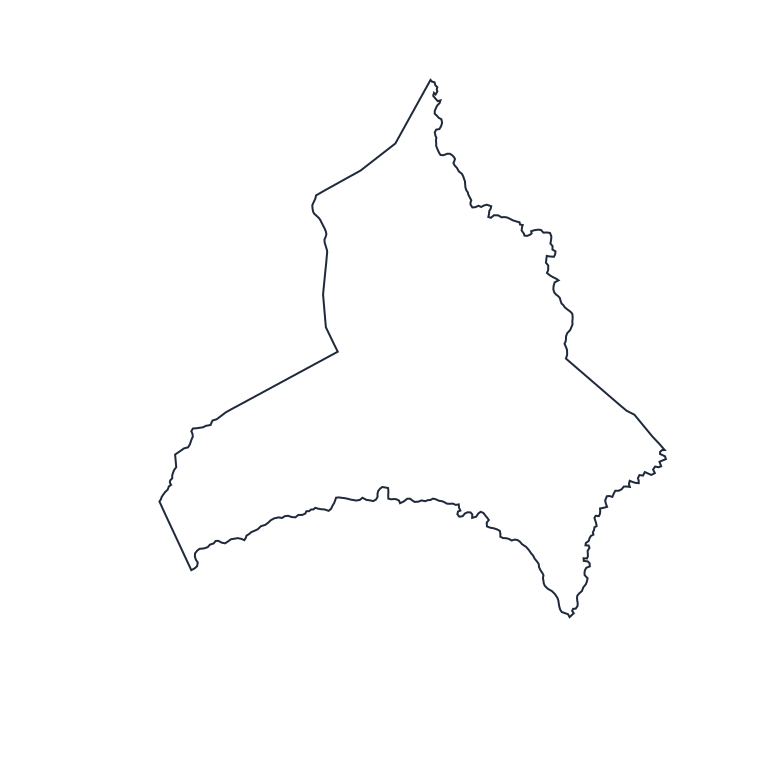 the district of Brumado, Bahia, Brazil, rotated 73°
{"feature_id": "56859067B23298098708687", "entity_name": "Brumado", "entity_type": "district", "adm_level": 2, "iso_a3": "BRA", "parent_name": "Brazil", "parent_adm1": "Bahia", "projection": "natural_earth1", "projection_center": [-41.652, -14.215], "detail": "fine", "context": "isolated", "style": "outline", "palette": "slate", "viewbox_px": 768, "rotation_deg": 73, "n_neighbors": 0, "source": "geoboundaries", "source_scale": "gbopen_adm2", "svg_char_len": 6045}
<svg xmlns="http://www.w3.org/2000/svg" viewBox="0 0 768 768"><g transform="rotate(73 384 384)"><path d="M616.2,288.8L619.1,289.1L621.3,289.5L624.1,289.2L627.8,287.2L631.1,284.0L634.8,282.0L639.2,280.7L642.1,280.6L644.7,281.0L647.5,281.4L651.1,281.5L654.0,280.7L655.9,278.1L658.0,275.3L661.2,274.7L660.0,272.2L658.7,269.6L656.0,270.4L654.3,268.9L654.9,266.4L652.8,263.8L650.2,262.8L648.0,262.6L644.8,261.9L642.9,261.0L641.3,258.6L639.9,255.3L636.7,252.8L634.5,249.5L632.3,247.8L629.3,246.1L625.5,248.0L623.3,247.5L621.1,246.5L618.9,244.3L618.6,240.5L615.6,239.8L613.2,241.0L611.6,244.7L609.0,244.1L610.2,240.9L608.4,239.4L606.2,238.8L603.1,238.1L600.8,235.4L598.3,235.5L597.2,238.5L595.1,237.5L593.9,234.1L591.3,232.3L589.7,230.4L589.3,227.8L586.9,227.6L585.1,225.9L582.5,224.6L582.1,222.2L578.9,221.8L576.4,221.9L573.6,221.9L571.9,220.1L573.2,217.2L571.5,215.6L569.1,214.5L566.2,213.8L566.6,210.0L566.7,206.6L563.6,206.8L560.1,206.6L556.5,203.7L557.0,201.3L558.7,198.6L555.5,195.9L553.7,194.0L554.7,190.7L554.2,187.6L552.2,184.7L553.0,181.8L554.3,179.0L551.2,179.0L548.4,177.3L549.9,175.5L552.0,172.6L553.3,169.4L550.9,168.7L548.3,168.7L545.8,166.4L547.3,163.1L544.5,160.3L546.5,158.0L549.1,155.0L548.4,151.0L544.5,151.7L542.2,148.9L543.9,145.7L543.7,143.0L538.9,143.3L538.5,139.7L538.3,136.4L535.3,136.4L531.6,140.5L529.5,139.7L528.5,137.3L529.2,134.9L522.0,138.1L512.7,142.7L486.6,153.5L480.5,159.8L476.5,162.4L474.6,163.7L412.9,202.6L409.8,200.4L407.2,199.6L404.7,199.0L401.5,199.2L398.3,199.6L396.7,198.1L394.7,197.0L391.7,196.0L389.0,194.0L386.9,190.3L385.1,188.7L382.1,186.3L379.2,185.6L376.9,184.6L374.6,183.9L371.9,183.4L369.3,184.6L366.1,187.0L363.5,188.7L360.9,189.5L358.9,190.7L356.0,190.8L353.1,190.7L350.8,191.8L348.8,193.3L346.3,194.4L343.1,194.4L339.9,193.2L336.7,191.1L335.9,186.8L333.7,188.5L331.3,191.1L328.8,193.4L325.5,195.7L322.9,193.6L318.6,192.3L315.4,193.7L312.0,192.2L309.1,190.9L310.6,188.0L312.0,184.3L310.2,182.5L307.3,181.2L304.7,183.6L301.4,182.5L298.4,183.8L294.4,181.8L291.7,180.8L288.0,181.1L286.6,184.3L285.9,187.3L282.5,188.9L281.4,191.8L280.9,195.3L280.9,198.6L283.2,198.8L284.0,201.1L284.2,203.7L283.2,206.3L281.0,206.3L277.4,207.5L274.4,206.2L272.5,204.9L271.3,207.3L269.0,207.1L267.4,209.7L265.1,213.0L262.9,215.2L260.8,217.5L259.5,220.2L259.0,222.8L256.1,225.5L254.8,229.5L256.3,233.2L254.8,235.4L252.4,234.0L249.4,232.8L247.5,230.7L245.4,229.5L242.6,233.2L242.5,236.2L243.1,239.3L241.2,241.5L241.6,245.0L241.0,247.9L237.7,248.8L235.7,248.2L233.8,246.8L230.7,247.4L227.5,248.0L225.3,247.8L222.9,248.6L220.1,248.7L216.3,247.9L213.8,247.3L211.2,247.5L208.9,247.5L205.9,248.0L202.5,250.3L198.6,251.1L195.8,252.5L193.0,253.0L191.4,251.6L189.5,250.3L187.4,250.8L185.4,251.8L183.2,253.5L182.3,256.1L182.6,260.3L181.5,263.0L179.5,263.6L177.0,264.0L174.0,264.3L171.5,264.5L168.8,263.6L166.1,263.1L163.8,261.9L161.7,262.2L158.2,261.9L156.0,259.7L156.4,256.5L154.1,254.0L151.3,252.1L147.6,251.7L145.4,253.9L142.6,255.1L140.4,256.5L137.7,255.6L135.4,253.7L133.3,251.8L131.6,248.7L129.3,247.1L129.2,249.9L125.8,251.5L122.8,252.7L120.2,251.1L122.2,250.0L119.8,247.4L117.6,247.4L115.7,246.2L113.6,247.5L110.2,247.5L109.0,249.6L106.8,250.6L157.3,302.8L173.0,343.9L173.8,347.5L176.0,358.1L179.9,376.4L181.5,383.9L183.8,393.9L186.6,395.4L189.2,397.8L192.1,400.3L195.6,401.1L198.5,401.4L200.7,401.0L203.5,399.3L206.3,397.7L208.4,397.0L211.4,396.5L214.8,395.9L218.1,395.3L221.2,395.0L223.9,395.3L226.4,396.9L228.4,398.7L231.2,399.4L234.1,399.4L239.1,399.4L241.4,399.8L245.9,401.7L251.9,404.1L254.2,405.1L263.7,409.1L266.6,410.3L274.8,413.7L277.6,414.9L281.0,416.2L288.0,417.7L312.7,423.0L325.8,421.0L331.7,420.1L335.8,419.4L339.6,418.8L344.3,442.2L359.7,518.4L361.9,529.2L363.2,535.9L363.9,539.3L364.9,543.7L368.8,554.3L368.8,558.7L370.8,560.5L372.5,561.8L372.2,564.3L371.9,566.7L372.5,569.7L372.0,572.8L371.5,576.2L370.7,579.8L372.9,582.1L375.5,581.7L378.4,582.2L381.3,584.7L384.9,587.2L387.3,589.9L387.1,594.0L388.3,597.7L390.4,604.4L402.8,607.0L404.9,609.9L407.2,611.7L409.4,613.2L412.3,614.1L413.7,616.7L415.7,617.6L418.2,617.1L419.0,619.6L421.8,621.8L423.4,625.0L425.5,627.8L427.1,629.7L429.1,631.1L430.7,633.1L443.7,631.4L505.7,622.7L504.9,618.9L503.6,616.0L500.2,614.3L496.9,615.3L493.7,615.3L490.7,614.2L488.8,611.4L487.7,608.6L488.6,604.3L488.5,600.4L486.7,597.3L486.7,593.6L484.9,590.9L485.5,588.3L488.2,585.7L489.9,582.6L488.8,578.7L487.7,575.7L488.2,572.4L488.6,569.1L490.1,566.1L492.5,563.2L490.8,561.2L488.8,559.8L488.1,557.0L486.8,554.1L486.6,551.4L486.0,547.2L484.0,543.2L484.0,538.7L482.8,535.3L481.2,532.2L480.4,528.5L480.7,523.9L482.3,520.7L481.4,517.5L482.0,514.2L484.2,511.3L485.6,507.7L484.2,504.2L485.3,500.5L484.9,497.1L483.0,495.5L483.7,492.8L482.7,490.4L483.3,488.1L482.3,485.9L483.7,483.9L485.2,481.1L486.7,477.3L489.1,474.1L488.0,471.2L485.2,468.7L483.1,466.3L480.8,464.6L478.7,463.1L479.3,460.2L480.5,457.7L481.5,455.3L483.3,452.0L484.9,449.5L486.1,447.0L487.3,444.7L487.8,441.1L486.5,437.8L489.6,434.8L491.2,431.4L492.8,428.6L492.2,425.5L490.1,423.2L487.0,422.3L484.5,420.7L482.9,418.3L482.0,415.8L483.4,412.9L484.7,410.5L488.0,411.2L491.6,412.5L494.9,413.4L496.4,410.8L496.9,408.1L497.8,405.9L499.9,403.7L502.7,403.5L502.1,399.4L500.5,395.4L501.3,392.6L503.1,391.4L505.7,389.2L506.6,385.5L506.3,382.1L508.1,379.0L507.9,376.1L508.5,373.4L507.9,370.8L509.2,368.4L511.7,365.6L513.1,362.7L514.8,360.7L516.7,359.0L517.7,356.5L518.5,353.2L520.6,350.7L521.0,347.7L524.1,348.4L527.4,348.0L527.6,350.5L530.0,351.9L532.9,350.8L533.4,347.4L531.5,344.5L531.1,341.6L532.1,338.8L534.5,337.7L537.8,338.8L537.8,334.6L535.3,331.5L534.5,328.9L536.3,326.7L539.2,325.6L541.9,324.5L544.7,323.5L546.6,326.3L550.3,327.2L552.5,324.4L553.9,321.5L556.0,318.5L558.3,316.2L561.3,316.5L564.0,317.4L566.1,315.3L567.2,312.2L568.8,309.7L571.0,307.7L571.0,304.5L572.2,302.0L574.4,300.2L577.4,298.9L579.2,297.5L581.2,295.8L583.3,294.8L585.4,293.9L588.7,292.9L591.6,291.6L595.1,291.0L598.7,289.5L601.2,288.7L604.7,289.3L607.9,288.8L611.1,287.8L613.5,287.4L616.2,288.8Z" fill="none" stroke="#1e293b" stroke-width="2"/></g></svg>